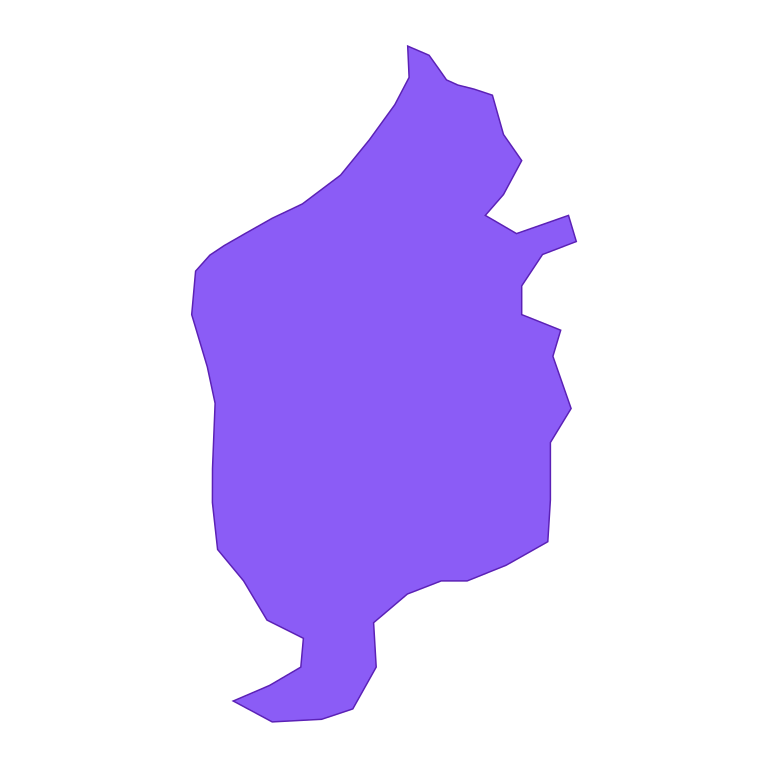 outline of Gerakies, Nicosia, Cyprus
{"feature_id": "46923920B59872666300573", "entity_name": "Gerakies", "entity_type": "district", "adm_level": 2, "iso_a3": "CYP", "parent_name": "Cyprus", "parent_adm1": "Nicosia", "projection": "albers", "projection_center": [32.789, 35.014], "detail": "fine", "context": "isolated", "style": "filled", "palette": "violet", "viewbox_px": 768, "rotation_deg": 0, "n_neighbors": 0, "source": "geoboundaries", "source_scale": "gbopen_adm2", "svg_char_len": 783}
<svg xmlns="http://www.w3.org/2000/svg" viewBox="0 0 768 768"><path d="M492.4,95.2L474.0,89.1L457.7,85.0L446.5,79.9L439.3,69.6L429.1,55.3L407.7,46.1L409.1,77.4L394.8,104.7L369.3,139.9L340.6,175.1L302.4,203.9L272.1,218.3L246.6,232.7L224.3,245.5L209.9,255.1L195.6,271.1L191.7,314.6L207.3,366.8L215.1,403.3L212.5,468.6L212.4,502.5L217.6,549.5L243.6,580.9L267.0,620.1L303.4,638.3L300.8,667.1L269.6,685.4L233.2,701.0L272.2,721.9L321.6,719.3L352.8,708.9L376.2,667.1L373.6,622.7L407.4,594.0L441.2,580.9L467.2,580.9L506.2,565.2L547.8,541.7L550.4,499.9L550.4,442.5L571.1,408.5L552.9,356.3L560.7,330.2L521.7,314.6L521.7,285.9L542.5,254.5L576.3,241.5L568.5,215.4L516.5,233.6L485.3,215.4L503.5,194.5L521.7,160.6L503.5,134.5L492.4,95.2Z" fill="#8b5cf6" stroke="#5b21b6" stroke-width="1.5"/></svg>